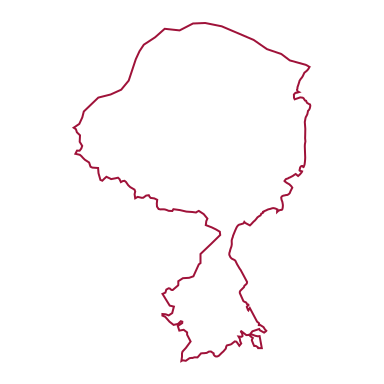 Atiwa West, Eastern, Ghana (orthographic projection)
{"feature_id": "2480657B65169023596143", "entity_name": "Atiwa West", "entity_type": "district", "adm_level": 2, "iso_a3": "GHA", "parent_name": "Ghana", "parent_adm1": "Eastern", "projection": "orthographic", "projection_center": [-0.601, 6.209], "detail": "fine", "context": "isolated", "style": "outline", "palette": "rose", "viewbox_px": 384, "rotation_deg": 0, "n_neighbors": 0, "source": "geoboundaries", "source_scale": "gbopen_adm2", "svg_char_len": 6027}
<svg xmlns="http://www.w3.org/2000/svg" viewBox="0 0 384 384"><path d="M309.4,66.9L307.3,65.6L305.7,64.8L289.8,60.4L281.3,54.0L266.9,49.1L253.6,39.9L221.7,26.3L205.2,23.0L193.0,23.5L179.6,30.4L164.7,28.8L155.1,37.3L143.8,44.7L139.5,51.2L135.8,59.2L128.7,80.6L121.2,89.7L110.6,94.5L98.3,97.6L83.8,111.5L82.3,117.4L79.3,123.9L73.7,127.7L75.9,129.2L76.9,132.3L80.0,135.3L79.7,141.8L82.2,145.9L81.3,148.5L79.6,150.7L77.0,150.6L75.4,153.8L79.8,154.8L81.4,156.1L82.8,157.7L84.8,159.7L89.1,162.5L90.5,166.7L92.3,167.6L98.1,168.0L98.5,173.2L100.4,179.9L102.3,180.7L104.1,178.9L106.4,176.8L109.8,178.4L111.1,179.1L115.4,178.3L118.0,177.7L119.5,179.1L120.9,182.1L122.7,181.1L124.5,180.8L126.0,182.0L128.2,185.2L130.2,187.1L134.5,189.6L135.2,191.5L134.6,194.2L135.2,198.3L137.7,196.9L141.8,197.8L143.3,197.7L146.1,195.6L148.8,195.2L149.5,196.6L150.6,197.9L154.3,198.4L157.2,199.8L156.8,203.5L157.0,206.6L158.6,209.0L160.5,209.4L162.3,209.3L164.7,209.4L166.7,210.0L168.6,210.8L172.3,211.0L173.4,209.2L180.0,210.1L186.4,211.6L192.3,212.0L196.0,212.5L197.0,211.8L198.8,210.9L200.8,212.2L203.7,214.1L207.4,218.6L206.3,221.1L205.8,225.1L211.6,227.3L215.9,229.4L219.8,231.7L220.2,235.0L211.1,243.9L200.5,254.0L200.5,263.1L198.8,264.4L193.4,276.3L189.2,277.8L182.9,278.2L178.3,281.2L178.3,284.5L178.2,285.3L172.7,290.0L171.9,290.0L171.1,289.7L169.8,288.5L169.4,288.4L168.6,288.3L166.3,289.6L165.4,292.6L162.5,293.9L169.7,305.6L173.9,306.6L172.2,313.1L168.7,315.4L165.7,314.3L162.4,314.0L162.4,315.6L165.2,316.8L169.5,321.7L173.6,324.9L178.0,323.9L180.8,321.2L182.3,321.7L182.2,323.1L177.8,326.0L179.3,330.6L183.7,329.8L187.1,332.4L187.1,334.7L190.6,341.5L185.9,347.9L182.5,351.6L182.0,353.4L182.0,356.8L181.4,361.0L182.7,360.3L185.8,360.8L189.5,358.2L191.7,357.9L192.3,358.0L194.5,357.3L197.5,357.4L201.0,353.4L202.8,353.2L204.0,353.2L206.7,352.9L208.9,351.6L210.9,351.5L213.7,353.4L213.6,354.1L213.7,354.6L213.9,354.9L214.3,355.4L214.8,355.9L215.4,356.3L216.1,356.5L217.5,356.4L218.3,356.0L218.9,355.7L221.6,353.0L223.4,351.4L225.8,348.6L226.3,346.3L227.1,345.3L227.8,345.2L229.3,344.8L229.9,344.7L230.5,344.5L231.0,344.3L231.7,343.9L232.1,343.5L232.6,343.1L234.8,341.4L236.4,341.7L237.7,343.4L237.8,343.7L238.1,343.9L238.8,345.0L239.0,345.4L239.3,345.8L241.2,343.5L240.6,342.2L240.1,340.9L240.0,339.7L239.8,338.8L238.5,336.5L241.4,336.8L242.4,336.3L242.5,335.7L242.3,334.7L242.2,333.8L241.8,333.0L241.4,332.4L240.9,331.7L241.0,331.4L241.3,331.2L246.3,335.1L248.5,335.0L249.0,334.7L250.6,336.4L252.8,338.0L251.9,339.8L251.8,340.1L252.2,341.3L252.3,341.5L253.2,343.8L254.2,346.0L255.7,345.9L257.8,347.2L258.1,348.1L261.8,348.1L259.6,336.1L257.8,336.3L255.3,335.8L252.2,334.6L250.4,334.5L250.6,333.6L252.4,331.3L259.2,329.0L259.9,330.3L264.1,332.6L265.9,331.3L266.3,330.8L265.0,329.5L263.5,327.1L260.2,325.0L259.6,325.1L259.1,325.2L258.8,325.1L259.0,323.8L259.1,323.4L258.7,322.9L257.1,321.7L249.8,308.0L249.2,308.8L248.9,309.4L248.6,310.0L248.4,310.4L247.8,309.7L247.8,309.3L247.5,308.6L247.3,308.1L247.0,307.5L246.8,306.9L246.8,306.7L247.8,305.7L248.4,305.4L248.4,304.7L248.2,304.5L247.3,304.3L247.0,304.1L246.4,302.9L246.1,302.5L245.6,302.2L245.0,302.0L244.3,301.7L243.4,301.1L239.9,293.3L239.8,292.8L239.8,291.9L240.3,290.8L242.6,288.5L243.9,287.2L244.1,286.9L244.2,286.2L244.5,285.7L246.0,284.4L246.8,283.5L247.1,282.0L240.6,269.9L239.7,268.7L237.1,264.3L235.4,260.8L234.9,260.3L234.5,260.0L233.9,259.7L231.7,258.6L231.1,258.0L230.4,257.2L230.0,256.3L229.6,255.5L229.3,254.8L229.3,253.9L229.4,252.9L229.6,252.2L229.9,251.5L230.0,250.8L230.5,249.0L231.3,246.8L231.5,246.1L231.8,244.2L231.7,241.4L231.7,240.5L231.9,239.5L232.3,238.3L232.5,237.7L232.7,237.3L232.9,236.6L233.0,235.9L235.2,230.5L236.6,227.4L237.1,226.6L237.7,225.8L238.3,225.2L239.1,224.7L241.0,224.2L242.9,223.6L243.4,223.4L243.9,222.8L244.1,222.3L244.3,221.9L245.2,222.9L249.9,225.4L251.0,224.4L253.5,221.7L255.0,220.4L256.2,219.0L256.9,218.1L257.4,217.4L257.9,217.0L258.4,216.7L258.8,216.4L259.2,216.1L260.5,215.4L261.0,214.4L261.2,213.7L262.7,213.0L263.2,212.5L263.0,212.2L263.0,211.8L263.5,211.6L264.2,211.2L266.5,210.2L267.6,209.6L268.9,209.2L270.3,208.9L271.4,208.5L272.5,208.2L273.4,208.1L274.5,208.3L275.6,208.6L277.5,209.5L277.1,210.9L277.1,212.0L278.1,211.0L278.8,210.6L279.5,210.3L280.2,210.0L281.5,209.9L282.1,209.6L282.4,209.0L282.7,207.7L282.8,206.7L282.9,205.2L282.7,203.8L282.4,202.1L282.2,201.4L281.7,200.2L281.5,199.5L281.4,198.8L281.3,198.2L281.2,197.7L281.4,197.2L281.7,196.6L282.2,196.2L282.7,195.9L283.5,195.6L284.2,195.5L285.1,195.3L285.8,195.1L287.5,194.9L288.6,194.2L289.2,193.7L289.8,193.0L290.1,192.3L290.4,191.3L290.8,190.7L291.1,190.0L291.7,188.8L292.0,188.3L292.2,187.9L292.3,187.7L291.5,186.5L291.0,185.9L290.5,185.4L290.0,185.0L289.6,184.5L288.8,184.0L287.9,183.5L286.5,182.7L285.9,182.2L285.3,181.8L284.5,181.0L285.8,179.2L286.5,178.9L287.4,178.6L288.2,178.3L288.9,177.8L289.8,177.5L291.7,176.5L292.7,176.0L293.4,175.5L294.1,175.0L295.2,174.3L295.7,174.0L298.1,176.0L298.9,175.3L299.6,174.7L300.3,174.0L300.9,173.2L301.3,172.8L301.7,172.2L302.0,171.7L302.1,171.4L299.7,170.7L299.5,170.3L299.9,168.7L300.0,167.9L300.4,167.1L300.8,166.5L301.3,166.2L301.8,166.0L302.3,166.0L302.9,166.7L303.2,166.9L303.4,167.1L303.6,167.0L303.7,166.8L304.1,165.8L304.4,165.0L304.6,164.3L304.9,162.0L305.1,159.8L305.2,157.6L304.8,146.3L304.9,144.3L305.4,141.4L305.1,138.3L305.2,134.2L305.3,129.0L305.2,127.4L304.8,122.0L305.1,120.4L305.5,118.1L305.8,117.1L306.1,116.6L306.4,116.1L307.3,114.3L307.6,113.0L307.9,111.5L308.0,110.9L308.9,110.0L309.7,108.6L310.2,106.5L310.3,105.5L310.0,104.5L309.8,104.5L307.1,102.9L306.6,102.1L306.1,100.8L305.0,100.5L303.7,98.5L303.6,98.3L302.7,97.7L302.0,97.6L300.2,97.4L299.1,97.8L294.7,99.3L294.0,97.8L293.9,94.5L295.5,92.8L296.6,92.8L298.3,92.3L299.0,92.1L297.5,91.3L297.0,89.8L297.0,89.6L297.4,88.8L297.5,87.2L298.3,84.9L298.8,83.3L299.2,82.1L299.5,80.9L300.6,79.1L302.0,77.4L302.9,75.9L303.3,75.0L304.4,72.7L305.8,71.6L307.2,70.4L308.4,68.9L309.1,67.7L309.0,67.2L309.4,66.9Z" fill="none" stroke="#9f1239" stroke-width="2"/></svg>